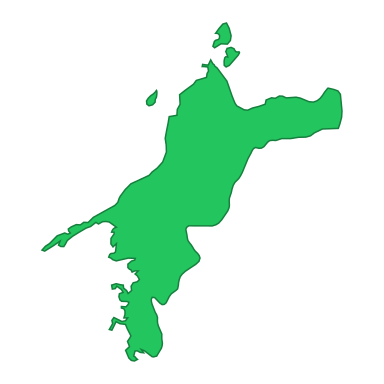 the border of Ehime
{"feature_id": "JPN-1832", "entity_name": "Ehime", "entity_type": "Prefecture", "adm_level": 1, "iso_a3": "JPN", "parent_name": "Japan", "parent_adm1": "", "projection": "equal_earth", "projection_center": [132.746, 33.592], "detail": "fine", "context": "isolated", "style": "filled", "palette": "green", "viewbox_px": 384, "rotation_deg": 0, "n_neighbors": 0, "source": "natural_earth", "source_scale": "10m", "svg_char_len": 4181}
<svg xmlns="http://www.w3.org/2000/svg" viewBox="0 0 384 384"><path d="M156.0,356.2L153.7,356.9L152.1,356.7L144.3,350.7L141.3,349.5L143.7,352.8L140.2,352.4L137.2,350.8L135.0,351.1L133.7,356.1L134.9,356.7L136.4,358.5L137.5,359.4L134.4,361.0L131.3,360.4L128.9,358.1L125.6,350.3L129.5,346.6L127.5,341.4L129.9,337.8L130.9,335.9L127.2,328.6L125.5,324.4L119.9,323.7L116.1,321.7L111.9,330.2L109.3,329.5L112.6,323.7L111.9,320.3L113.9,317.5L121.9,321.5L125.5,320.8L127.6,317.9L123.9,317.9L125.0,314.4L125.0,311.1L123.9,308.8L121.4,308.0L121.4,306.5L125.5,306.8L126.3,306.5L127.0,305.7L128.4,304.0L128.8,302.2L126.9,301.5L121.6,301.3L119.9,299.9L118.9,296.7L119.4,293.7L123.1,292.4L121.5,289.6L119.4,288.1L116.8,286.2L115.3,288.6L112.3,289.1L111.6,285.1L116.2,283.7L120.8,284.8L123.3,285.1L123.6,288.1L126.6,290.5L128.1,293.5L131.6,290.5L131.1,286.3L133.2,282.8L137.2,281.8L139.4,279.5L137.3,275.8L135.1,274.0L138.2,271.0L135.1,270.8L132.1,272.1L131.1,270.0L129.2,269.0L127.9,267.6L127.9,264.1L131.6,261.0L134.7,260.1L135.3,258.4L128.3,258.1L116.2,260.9L112.8,259.7L110.8,258.0L108.7,257.2L109.7,254.5L111.0,253.5L114.0,253.2L115.4,252.0L115.7,250.5L116.4,243.7L113.0,246.9L110.9,243.9L111.0,238.4L114.1,233.9L114.1,232.2L111.6,232.2L112.3,230.3L113.4,228.8L114.8,227.8L116.4,227.2L109.2,222.0L105.9,221.5L102.6,221.7L100.6,222.8L98.5,224.0L95.9,222.4L90.6,226.5L86.1,228.1L79.0,232.3L72.7,236.2L67.3,240.5L65.4,244.1L63.8,246.6L60.8,246.5L58.5,245.1L60.1,241.1L53.4,245.7L44.7,251.1L42.0,250.1L45.5,246.2L49.5,243.6L57.2,235.8L64.7,233.0L67.9,234.2L70.3,233.0L68.6,230.9L68.3,229.0L71.2,226.9L76.3,224.6L80.4,224.9L83.8,222.3L88.1,222.5L93.4,217.3L114.9,205.4L117.8,202.4L119.1,198.5L120.2,196.3L125.4,189.3L127.0,187.8L130.9,183.8L149.2,175.3L152.2,171.9L157.1,168.2L162.7,162.0L166.4,152.1L166.2,145.0L165.2,138.4L166.8,129.6L168.1,123.2L169.2,116.6L176.9,115.3L177.3,109.4L180.1,104.3L179.6,94.7L184.8,90.6L193.5,84.2L196.3,80.4L206.5,77.4L207.1,73.4L208.5,71.1L207.8,67.0L204.2,66.6L202.2,66.6L202.6,64.4L205.9,64.9L208.3,65.0L210.7,59.9L212.8,63.7L214.1,64.7L215.0,66.4L216.9,67.7L226.9,81.1L232.0,95.8L233.6,99.9L235.1,103.4L236.8,105.9L240.6,107.9L244.1,109.8L247.7,110.2L252.5,108.0L258.9,106.4L265.2,104.2L266.1,100.0L271.5,97.8L275.3,98.3L279.4,96.0L282.7,96.2L286.2,97.9L296.1,97.2L300.3,98.1L309.0,101.7L313.4,102.1L317.2,100.7L320.2,98.3L322.6,95.3L324.5,92.3L327.2,88.9L328.0,88.1L334.0,89.5L337.9,90.9L340.4,94.3L342.0,111.1L341.6,117.4L339.8,124.1L338.3,128.4L322.4,129.0L314.3,132.9L310.5,135.8L305.9,137.1L298.4,137.3L290.6,138.6L281.7,138.6L275.8,140.5L272.8,140.3L269.7,140.6L267.6,142.2L263.9,146.7L261.5,148.1L259.0,148.3L255.5,147.5L253.5,148.6L252.2,150.5L251.1,152.9L248.0,158.6L242.3,172.4L240.7,175.5L238.8,178.5L234.9,182.4L233.2,185.4L232.0,189.2L231.3,192.5L229.4,198.2L229.2,200.9L229.4,205.5L229.0,207.9L227.7,211.0L221.7,219.8L218.7,223.1L215.9,224.8L212.3,225.9L188.7,225.8L186.7,227.3L185.8,229.3L186.9,234.8L187.3,237.8L187.9,240.5L189.5,242.8L191.2,244.9L192.5,246.9L193.8,249.2L195.4,251.3L197.6,253.4L199.2,255.6L200.0,258.0L199.0,261.3L195.9,264.2L185.4,271.2L182.2,274.1L180.3,276.6L179.3,279.4L178.6,282.4L178.4,285.0L178.0,287.1L177.6,288.9L176.1,290.3L171.3,293.8L169.3,296.5L166.2,302.7L164.3,304.4L162.1,304.6L159.8,303.0L154.7,297.6L152.2,297.3L151.3,299.3L151.4,301.5L152.0,304.0L155.2,312.3L156.7,314.9L157.5,317.6L157.4,320.5L157.6,323.2L158.4,326.1L161.8,334.0L161.8,338.9L162.4,343.2L162.1,345.8L161.4,348.2L156.6,356.2L156.0,356.2ZM221.0,43.8L214.6,47.8L212.9,46.3L214.4,41.4L215.6,40.3L218.5,39.4L219.4,38.2L219.6,35.7L218.8,34.2L217.4,33.4L215.6,33.3L219.1,28.4L222.9,24.0L226.5,23.0L229.2,28.4L231.1,35.7L230.4,40.5L227.4,44.1L221.0,43.8ZM238.0,52.0L239.0,51.8L239.5,52.8L238.1,55.3L229.3,65.4L226.1,67.0L224.2,65.3L224.1,61.1L224.7,57.9L225.7,56.8L226.8,56.8L227.7,57.0L227.2,55.1L225.8,51.6L227.1,48.4L231.1,47.4L234.0,48.7L234.9,50.5L236.1,51.8L238.0,52.0ZM156.4,90.4L156.8,91.0L156.9,93.5L156.6,96.2L156.3,97.6L155.6,98.7L155.2,99.8L155.1,102.2L152.6,104.8L149.0,105.8L146.9,104.2L146.5,101.0L148.2,98.3L150.1,96.3L151.4,95.2L152.1,94.8L153.3,94.0L155.5,91.8L156.4,90.4Z" fill="#22c55e" stroke="#15803d" stroke-width="1.5"/></svg>